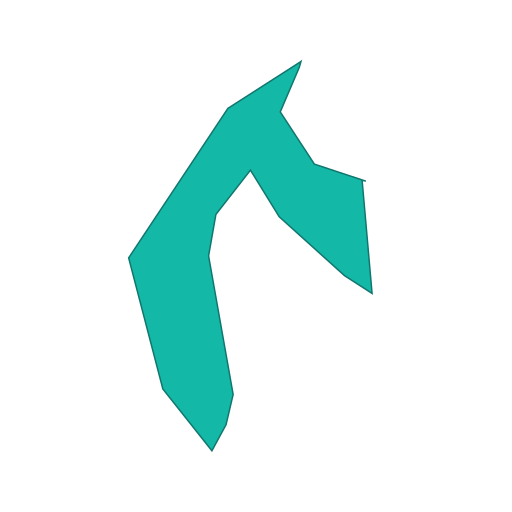 map outline of Tivat (Robinson projection), rotated 196°
{"feature_id": "MNE-1518", "entity_name": "Tivat", "entity_type": "Municipality", "adm_level": 1, "iso_a3": "MNE", "parent_name": "Montenegro", "parent_adm1": "", "projection": "robinson", "projection_center": [18.687, 42.417], "detail": "fine", "context": "isolated", "style": "filled", "palette": "teal", "viewbox_px": 512, "rotation_deg": 196, "n_neighbors": 0, "source": "natural_earth", "source_scale": "10m", "svg_char_len": 432}
<svg xmlns="http://www.w3.org/2000/svg" viewBox="0 0 512 512"><g transform="rotate(196 256 256)"><path d="M266.4,455.4L266.4,449.2L272.4,401.2L225.2,360.4L171.0,358.2L174.9,358.1L156.2,309.5L134.1,252.0L165.5,261.5L244.5,300.1L285.0,337.0L306.0,284.9L301.6,243.0L239.8,116.6L238.3,85.6L244.7,56.6L245.0,56.8L308.9,102.5L377.9,219.1L323.7,390.2L266.8,454.9L266.4,455.4Z" fill="#14b8a6" stroke="#0f766e" stroke-width="1.5"/></g></svg>